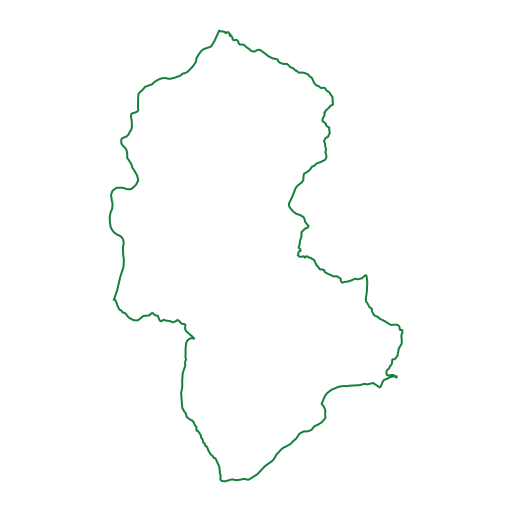 outline of Barichara, Santander, Colombia
{"feature_id": "7082276B84209220800631", "entity_name": "Barichara", "entity_type": "district", "adm_level": 2, "iso_a3": "COL", "parent_name": "Colombia", "parent_adm1": "Santander", "projection": "mercator", "projection_center": [-73.205, 6.646], "detail": "fine", "context": "isolated", "style": "outline", "palette": "green", "viewbox_px": 512, "rotation_deg": 0, "n_neighbors": 0, "source": "geoboundaries", "source_scale": "gbopen_adm2", "svg_char_len": 6015}
<svg xmlns="http://www.w3.org/2000/svg" viewBox="0 0 512 512"><path d="M396.5,376.4L394.9,375.9L393.5,375.1L391.7,375.0L389.3,375.5L387.3,375.2L386.8,374.8L386.4,373.1L386.4,371.5L386.8,370.6L389.2,368.1L390.2,365.9L391.3,364.9L391.9,363.2L392.4,359.5L394.7,359.1L396.0,357.8L397.4,355.8L398.8,348.6L401.6,343.7L401.8,342.7L401.7,340.5L401.9,339.9L401.5,338.5L401.4,335.1L402.3,332.9L402.3,330.2L401.9,329.9L400.6,330.0L399.8,329.6L399.4,326.6L398.0,325.1L396.2,324.6L391.2,324.9L390.0,324.5L385.3,321.5L379.4,318.5L378.0,317.0L374.7,315.6L374.0,315.0L371.8,311.0L372.0,309.0L369.5,307.1L367.1,302.8L365.9,301.2L365.9,298.1L366.8,292.1L367.3,281.9L366.5,275.8L366.1,275.3L365.1,275.4L361.9,278.4L360.7,278.5L357.7,279.3L355.2,278.7L349.6,281.1L345.5,281.9L344.5,281.9L342.7,282.6L342.0,282.5L341.2,281.6L340.8,280.7L340.9,279.7L340.6,278.7L337.8,276.7L336.1,276.2L333.9,276.5L327.5,273.6L325.2,272.3L324.7,271.8L324.3,270.9L324.4,270.2L322.2,269.4L320.3,269.4L319.7,269.2L318.0,266.6L316.8,265.7L314.2,260.2L313.3,259.4L312.1,259.0L311.3,258.1L310.0,257.6L308.8,257.6L307.8,256.5L307.1,256.4L306.3,256.4L305.1,257.6L304.6,257.4L304.3,256.6L303.7,256.3L300.6,256.9L299.3,256.5L297.8,255.0L298.2,254.2L298.7,251.8L299.6,251.1L300.4,250.9L300.6,249.8L300.0,248.8L298.7,247.8L298.7,246.8L299.7,244.6L299.7,242.8L300.3,239.7L301.5,236.6L301.5,232.2L303.5,230.1L305.9,228.2L307.7,227.6L308.5,226.0L304.9,221.5L304.7,219.4L303.3,216.8L301.3,215.9L300.8,215.3L296.0,213.7L293.3,211.6L291.4,209.5L289.5,206.9L289.0,205.5L289.0,203.6L292.3,196.6L295.7,188.0L297.7,185.5L301.7,182.5L303.3,180.2L303.6,175.4L304.2,173.5L305.9,172.7L307.9,171.4L309.8,169.8L312.3,166.4L314.5,165.7L315.6,164.3L317.1,163.2L321.1,162.0L322.0,161.2L324.6,160.2L325.4,159.3L326.2,157.8L326.4,156.8L326.4,155.6L325.4,152.0L326.1,149.0L325.3,146.7L325.0,143.3L324.0,141.5L324.4,140.3L325.7,137.9L326.5,137.4L327.3,137.4L328.0,136.8L328.9,134.6L329.7,133.3L329.7,132.2L329.2,129.9L329.2,127.6L326.7,126.1L326.3,125.5L325.7,123.5L323.2,121.7L322.5,120.8L322.4,119.8L322.8,118.3L324.6,115.1L324.4,112.5L325.0,112.2L325.6,110.6L328.6,108.1L330.5,105.8L332.9,104.6L332.5,97.0L330.6,94.6L329.4,92.4L328.4,91.6L327.2,91.2L326.7,90.7L324.9,88.1L323.8,87.7L321.3,88.1L320.1,87.5L319.4,86.6L318.4,86.0L317.1,85.8L316.1,85.2L314.1,82.9L311.8,77.8L309.6,76.3L308.2,74.6L306.0,73.5L302.9,72.6L298.7,72.6L296.2,70.5L295.3,70.5L294.1,69.0L292.8,68.1L291.5,67.8L289.5,66.5L288.7,65.4L287.1,64.0L285.9,63.8L285.0,64.1L283.7,63.9L282.1,63.6L279.5,62.5L278.1,61.0L277.7,59.8L276.9,59.2L272.4,58.3L269.5,56.7L268.2,56.2L265.9,54.1L259.9,49.9L258.4,49.8L256.9,50.2L254.6,51.6L252.4,51.3L250.4,50.4L250.0,49.6L246.3,47.1L244.1,45.0L242.9,44.5L239.8,44.5L238.8,43.6L238.2,41.5L237.2,40.3L235.9,39.8L234.3,40.3L233.4,40.1L232.7,39.2L232.7,38.6L231.8,36.5L230.1,35.9L229.8,35.4L230.4,34.5L229.4,33.9L228.8,32.6L228.3,32.2L227.0,32.3L226.1,33.1L225.4,32.9L225.0,32.0L222.5,31.4L220.4,31.4L219.1,30.7L214.8,40.3L211.4,46.1L210.0,47.0L203.6,49.1L201.3,51.0L199.2,53.7L196.8,57.6L195.6,62.4L192.9,66.3L187.5,71.9L184.6,73.3L183.4,73.4L182.0,74.0L180.7,75.5L174.2,77.9L169.5,78.9L165.6,78.1L162.4,78.1L158.5,79.5L154.2,82.1L152.3,84.2L145.0,86.9L142.9,89.5L139.4,92.7L138.4,94.4L138.2,96.4L138.0,105.5L138.2,110.3L137.3,111.5L135.1,112.6L132.7,113.1L131.2,114.3L131.0,116.3L131.8,121.9L131.9,125.9L131.8,127.9L131.1,130.1L129.8,131.6L129.3,133.1L128.1,134.9L126.7,136.4L122.2,138.2L121.3,139.8L121.2,141.5L121.4,143.5L122.7,145.6L124.2,146.9L126.3,149.5L127.2,153.1L127.2,157.9L130.2,162.2L131.4,164.5L132.4,167.8L133.6,169.3L136.9,175.1L137.9,178.4L138.2,181.0L137.3,182.1L136.0,184.8L132.2,188.4L130.6,189.1L129.7,189.3L126.8,189.1L122.8,187.8L120.4,187.7L116.4,187.8L112.6,190.7L111.3,193.9L111.1,195.3L111.8,200.5L112.4,202.8L112.5,204.8L112.2,208.8L110.6,212.3L109.7,217.6L109.9,222.4L110.7,227.2L112.3,230.2L114.1,232.5L117.4,234.8L119.6,235.6L121.9,237.5L122.9,239.1L123.7,242.4L122.9,248.1L123.2,254.9L123.9,260.0L123.5,266.9L120.2,277.2L117.1,290.5L113.9,299.7L115.0,299.8L115.8,301.1L116.8,303.3L117.3,305.3L119.0,308.9L119.7,309.7L121.2,310.4L122.7,312.5L124.2,312.7L125.9,313.8L127.2,315.9L128.8,317.6L131.9,319.4L134.3,320.3L137.3,320.4L138.5,319.9L143.5,315.9L149.0,315.5L149.7,315.1L151.0,313.7L152.0,313.1L152.8,313.1L154.4,314.7L155.9,315.5L157.4,315.7L158.0,316.2L159.4,320.0L160.6,321.2L161.6,321.2L163.7,319.8L166.1,320.6L169.7,321.0L172.8,322.3L173.5,322.2L175.6,321.3L177.4,320.0L179.1,320.9L180.6,322.7L181.9,323.8L183.8,324.0L185.3,324.6L185.4,325.3L185.0,328.1L185.6,330.3L186.7,331.7L192.7,336.9L194.0,338.4L193.8,338.6L192.4,338.2L191.2,338.2L189.5,338.8L187.3,340.5L186.1,343.4L185.6,348.2L185.5,357.2L186.0,359.5L185.3,361.3L185.0,363.2L185.4,365.2L182.7,373.3L182.2,380.5L182.3,387.0L181.1,393.1L182.3,408.0L184.1,411.2L186.1,413.9L186.6,416.9L190.0,419.5L191.0,420.1L192.0,420.3L193.9,422.6L194.8,425.0L195.7,426.2L196.4,426.7L196.3,428.8L196.7,430.7L197.8,430.8L200.8,435.2L201.2,437.8L202.5,439.2L203.2,442.5L204.7,443.5L205.5,446.1L206.6,446.5L207.4,447.8L208.2,450.2L210.7,454.4L212.5,455.9L213.9,457.9L215.5,458.4L219.2,466.5L219.9,471.6L219.8,473.2L220.7,475.5L220.3,479.1L220.4,479.7L222.0,481.1L225.3,481.3L230.9,479.6L232.4,479.4L234.9,480.0L237.8,480.1L243.5,479.0L245.6,479.1L247.5,479.7L248.8,479.6L250.1,478.8L257.4,474.2L265.2,465.9L271.7,461.4L273.7,459.4L276.7,454.2L278.7,452.3L280.8,449.8L284.0,447.3L286.3,446.4L290.8,443.8L292.2,442.1L296.4,438.3L299.4,433.8L302.8,431.8L304.4,431.4L307.5,431.4L311.3,430.0L312.2,429.2L312.6,428.1L313.9,427.1L314.7,426.0L317.5,424.9L321.4,422.5L324.3,419.4L325.5,417.8L325.1,415.0L325.4,410.8L324.2,407.3L321.7,403.7L325.0,395.9L326.9,393.4L329.4,391.3L332.1,389.5L338.6,386.8L341.3,386.3L344.0,386.0L346.6,386.2L349.7,385.7L359.0,385.2L362.4,384.5L363.6,384.0L365.0,383.9L367.3,384.4L373.1,383.0L379.7,387.4L380.8,386.3L382.1,383.4L382.4,382.3L383.9,380.0L387.0,378.8L389.6,377.3L393.3,376.4L394.5,376.4L396.4,377.5L396.7,377.3L396.5,376.4Z" fill="none" stroke="#15803d" stroke-width="2"/></svg>